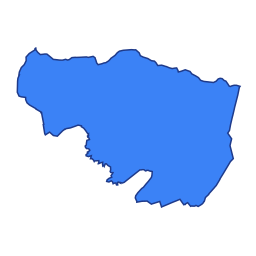 Senjeh, Bomi, Liberia, rotated 91°
{"feature_id": "62588387B88523823709040", "entity_name": "Senjeh", "entity_type": "district", "adm_level": 2, "iso_a3": "LBR", "parent_name": "Liberia", "parent_adm1": "Bomi", "projection": "robinson", "projection_center": [-10.869, 6.837], "detail": "fine", "context": "isolated", "style": "filled", "palette": "blue", "viewbox_px": 256, "rotation_deg": 91, "n_neighbors": 0, "source": "geoboundaries", "source_scale": "gbopen_adm2", "svg_char_len": 4280}
<svg xmlns="http://www.w3.org/2000/svg" viewBox="0 0 256 256"><g transform="rotate(91 128 128)"><path d="M203.0,53.0L202.9,52.8L201.2,51.2L200.2,50.9L199.9,50.4L196.2,49.4L194.5,47.7L194.2,47.4L193.0,46.1L192.6,46.0L192.4,46.0L186.5,40.9L185.6,40.2L184.0,38.8L177.7,35.2L177.5,35.3L171.8,31.9L161.0,25.7L160.1,25.2L159.9,25.1L156.8,22.2L156.4,22.3L148.6,24.4L144.3,25.6L143.8,25.7L140.5,25.0L137.0,24.2L131.4,28.2L129.0,26.7L128.7,26.5L122.7,25.5L114.4,23.7L114.2,23.6L106.8,22.0L106.1,21.9L93.1,18.8L85.5,17.4L84.7,16.9L84.4,16.7L83.4,20.3L83.4,22.6L84.0,24.8L84.7,26.3L84.3,27.6L82.3,28.9L79.5,30.9L79.4,31.0L79.2,31.6L78.8,32.7L77.0,34.7L76.7,36.8L76.9,37.3L77.2,38.2L77.5,38.8L79.6,40.6L81.0,43.3L80.1,53.0L79.2,55.8L79.0,56.3L76.4,58.4L75.4,60.1L75.0,60.8L74.7,61.3L72.8,65.1L70.4,67.0L68.8,71.8L69.0,72.3L70.4,76.0L71.1,78.7L70.9,78.8L70.6,78.6L69.1,79.3L67.1,80.4L67.3,82.2L67.8,84.8L67.1,87.7L65.9,90.7L65.7,91.7L65.1,93.6L64.6,95.5L64.8,97.2L65.0,99.2L65.0,99.4L62.3,101.1L60.7,102.7L60.3,105.7L60.1,106.1L60.0,106.3L58.2,109.4L56.8,114.1L55.5,116.9L52.7,118.1L49.7,121.6L49.8,122.9L49.6,125.9L49.9,129.0L50.2,132.2L50.4,134.2L51.2,137.4L51.3,137.9L52.9,140.0L55.6,142.2L58.7,146.4L59.6,147.0L61.3,148.6L62.5,150.5L63.1,151.3L63.4,153.2L64.2,155.2L65.2,159.0L64.5,159.6L63.6,160.4L60.5,161.4L60.2,161.6L58.3,162.2L57.0,164.1L57.1,164.6L58.1,168.9L57.7,170.8L57.7,171.0L58.2,178.1L58.3,180.2L58.3,180.4L58.3,180.6L58.3,182.4L58.6,185.3L59.5,186.5L60.6,187.9L61.0,189.2L61.1,189.6L60.4,191.6L60.8,192.9L61.0,193.5L61.3,194.7L61.3,197.6L60.9,201.4L60.7,203.9L59.6,205.2L56.8,208.7L55.5,210.4L55.5,211.2L55.5,212.5L55.8,214.5L56.1,217.0L54.0,219.5L51.7,221.3L49.7,221.6L49.8,221.9L50.6,222.5L51.5,222.3L52.3,223.6L54.6,227.1L55.3,228.1L58.9,231.2L59.6,231.1L62.5,231.0L63.8,231.6L66.4,232.8L69.4,235.7L73.9,237.6L76.9,238.0L76.9,237.6L80.1,238.9L83.0,239.2L94.2,239.3L96.7,238.1L98.0,237.5L98.7,235.3L99.2,230.9L101.5,230.8L104.6,229.4L106.7,226.9L108.9,222.9L109.2,222.4L110.2,220.5L110.6,220.5L113.6,215.1L113.9,215.2L113.8,214.9L113.9,214.7L115.3,214.5L119.6,213.6L125.8,212.3L126.0,212.8L134.9,211.2L135.8,210.8L136.3,210.5L133.5,206.3L135.0,204.6L136.8,202.5L137.4,198.5L133.8,195.1L132.6,193.9L132.3,193.7L130.3,191.2L130.5,191.0L129.7,189.8L128.9,185.6L128.6,184.8L127.2,181.0L126.0,178.0L126.6,174.6L127.5,174.7L128.9,172.3L131.2,170.4L135.0,167.7L134.7,167.4L135.9,167.4L136.4,168.0L136.8,168.4L137.4,168.1L137.3,167.7L137.9,168.0L138.8,166.8L140.2,166.3L140.6,167.5L141.1,168.9L143.7,169.3L145.7,169.4L146.8,170.5L148.0,170.2L149.3,169.1L149.3,167.5L150.1,166.2L151.0,165.8L151.8,166.6L152.9,168.2L153.7,167.6L155.5,169.5L156.5,169.4L157.3,167.1L156.3,164.2L158.2,164.6L159.4,165.0L159.4,163.3L160.6,162.0L162.1,161.2L161.5,160.8L161.3,158.5L161.2,156.7L161.6,156.8L162.4,156.5L164.2,157.1L164.2,156.8L163.2,154.6L162.7,152.7L163.0,152.7L165.0,152.8L166.5,152.5L165.8,151.6L166.8,151.1L164.2,150.1L164.2,149.0L165.9,147.3L167.2,144.8L170.2,144.6L171.8,145.1L172.7,144.5L172.9,143.3L172.9,142.3L174.2,142.9L175.8,144.1L177.5,143.4L178.6,146.0L180.2,148.0L181.8,148.4L182.3,146.1L181.1,143.8L182.1,142.5L184.0,141.9L183.3,140.5L183.2,139.2L185.1,138.5L185.1,137.3L182.8,137.5L182.2,136.9L182.5,136.1L183.3,134.5L182.6,134.6L183.1,132.8L183.0,132.5L182.4,130.9L177.4,124.8L175.6,122.6L169.7,115.4L169.7,114.6L169.6,113.7L169.4,113.2L169.4,112.7L169.4,111.7L169.5,111.2L169.7,110.8L169.9,110.6L170.0,110.4L170.5,110.0L170.6,109.7L170.6,109.4L170.5,109.2L170.4,109.0L170.1,108.7L170.0,108.4L170.0,108.1L170.0,107.8L170.0,107.4L170.0,107.2L170.1,106.7L170.3,106.3L170.7,105.3L170.8,104.5L170.9,104.2L170.9,103.6L171.0,103.3L171.1,103.0L174.7,103.2L176.9,103.7L181.0,106.7L183.7,109.0L187.1,111.6L187.2,111.8L188.3,113.3L192.5,117.0L195.6,119.1L197.8,119.5L201.2,117.9L202.0,117.9L201.4,114.8L201.0,112.8L200.9,111.0L200.8,108.4L200.7,107.7L200.9,107.4L203.3,103.9L203.7,103.3L203.4,102.5L202.5,99.8L200.9,95.0L204.2,93.8L206.4,93.1L206.0,92.3L203.6,86.8L202.1,83.5L200.6,80.0L199.9,78.3L198.5,75.1L198.4,74.8L201.7,72.4L202.9,71.5L203.8,70.8L203.3,69.9L203.4,69.4L202.9,69.2L201.6,67.1L202.6,66.2L205.2,64.0L204.9,63.4L204.9,62.2L205.0,62.0L204.9,59.8L204.2,58.7L204.4,58.2L205.2,56.5L204.0,54.5L203.0,53.0Z" fill="#3b82f6" stroke="#1e3a8a" stroke-width="1.5"/></g></svg>